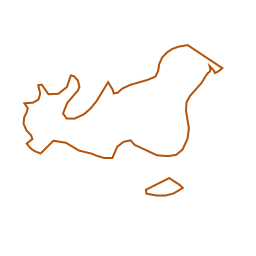 the border of Mayotte, rotated 81°
{"feature_id": "FRA-4602", "entity_name": "Mayotte", "entity_type": "Overseas department", "adm_level": 1, "iso_a3": "FRA", "parent_name": "France", "parent_adm1": "", "projection": "orthographic", "projection_center": [45.141, -12.818], "detail": "fine", "context": "isolated", "style": "outline", "palette": "amber", "viewbox_px": 256, "rotation_deg": 81, "n_neighbors": 0, "source": "natural_earth", "source_scale": "10m", "svg_char_len": 1167}
<svg xmlns="http://www.w3.org/2000/svg" viewBox="0 0 256 256"><g transform="rotate(81 128 128)"><path d="M147.9,70.9L157.8,77.5L162.0,84.5L162.1,92.8L159.5,103.6L145.7,124.1L140.6,127.3L140.9,134.3L144.7,141.4L155.2,148.2L153.9,156.3L150.0,164.2L147.9,167.4L142.6,180.0L133.0,191.4L128.9,203.6L139.5,218.3L137.1,222.5L134.7,225.7L131.7,228.1L127.5,230.5L124.0,224.2L120.1,224.8L114.9,228.5L107.6,230.5L101.1,228.8L96.8,225.7L92.9,223.9L87.4,226.4L88.1,217.8L85.8,211.9L80.2,209.3L71.7,210.0L71.7,206.4L82.2,201.3L83.3,191.4L78.0,182.0L67.1,176.2L68.7,173.0L73.2,170.1L79.7,169.5L83.2,171.7L93.7,184.1L103.5,189.9L109.0,187.2L110.4,179.4L107.6,169.5L103.0,162.1L96.8,155.1L79.7,140.5L87.8,137.1L91.6,136.7L91.6,132.6L88.2,127.6L85.7,118.8L83.6,101.4L81.5,92.9L76.4,89.3L69.8,87.2L63.7,83.2L59.5,77.7L56.9,72.2L55.6,65.5L55.4,56.2L83.6,25.5L85.9,29.3L86.6,31.0L87.3,33.6L84.8,34.2L83.3,35.1L79.6,37.7L83.4,37.4L85.2,38.5L86.1,40.3L87.4,41.8L95.2,48.6L105.9,61.6L111.6,66.1L119.8,68.0L138.0,67.9L147.9,70.9ZM183.9,95.1L192.6,85.6L195.8,83.2L199.7,93.0L200.6,101.5L199.2,110.1L195.8,120.0L191.8,120.0L183.9,95.1Z" fill="none" stroke="#b45309" stroke-width="2"/></g></svg>